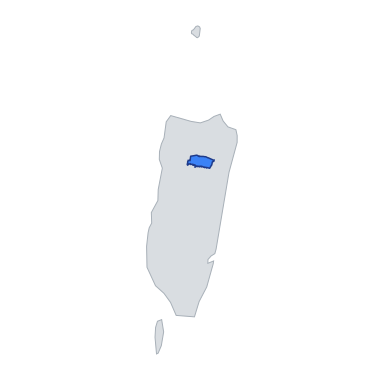 Lares, Puerto Rico (highlighted), rotated 98°
{"feature_id": "32010507B37684321987765", "entity_name": "Lares", "entity_type": "district", "adm_level": 2, "iso_a3": "PRI", "parent_name": "Puerto Rico", "parent_adm1": "", "projection": "orthographic", "projection_center": [-66.852, 18.269], "detail": "fine", "context": "in_parent", "style": "filled", "palette": "blue", "viewbox_px": 384, "rotation_deg": 98, "n_neighbors": 0, "source": "geoboundaries", "source_scale": "gbopen_adm2", "svg_char_len": 3035}
<svg xmlns="http://www.w3.org/2000/svg" viewBox="0 0 384 384"><g transform="rotate(98 192 192)"><path d="M252.7,164.2L256.6,166.8L260.4,166.4L257.3,161.0L260.1,161.0L284.0,164.2L299.5,169.7L315.3,172.2L316.4,190.5L304.3,197.9L296.3,205.6L289.9,215.1L272.8,226.1L252.2,229.4L238.5,229.8L233.4,229.4L228.4,227.6L218.0,229.4L205.2,224.6L194.2,225.8L172.5,224.7L164.3,228.9L156.5,229.8L148.8,229.0L142.3,227.2L126.1,227.3L119.3,223.7L122.2,202.8L122.4,193.4L118.5,185.6L114.1,180.7L111.0,174.9L117.3,171.1L122.5,165.5L124.2,157.2L129.9,155.1L136.6,154.2L167.4,158.1L245.3,160.2L249.8,160.8L252.7,164.2ZM341.0,208.4L331.2,209.2L324.8,208.2L322.6,204.3L334.5,200.6L348.4,201.0L356.3,203.1L357.3,204.6L341.0,208.4ZM34.7,214.7L33.6,214.8L32.4,214.7L31.9,214.3L31.1,213.1L27.5,211.1L26.7,209.3L27.5,207.4L29.0,206.6L36.2,206.5L37.0,206.7L38.4,208.0L38.4,208.9L37.7,209.8L36.4,212.1L35.9,212.7L35.5,213.3L35.3,214.3L34.7,214.7Z" fill="#d9dde1" stroke="#a8b0b8" stroke-width="1"/><path d="M165.7,180.4L165.9,179.0L165.9,178.8L166.0,177.8L165.4,177.6L164.4,177.1L163.6,176.8L163.2,176.7L162.9,176.4L162.5,176.4L162.3,176.2L162.1,176.2L161.1,176.1L160.1,176.1L159.8,176.0L159.4,176.0L159.2,175.7L158.9,175.5L158.9,175.2L158.7,174.9L158.4,174.8L158.3,174.6L158.1,174.6L157.6,174.5L157.3,174.6L157.5,174.9L156.9,177.0L156.7,177.8L155.9,180.5L155.9,180.9L155.8,181.4L155.2,183.1L155.2,183.9L155.2,184.1L155.3,184.4L155.2,185.8L155.2,186.3L155.5,187.0L155.4,187.8L155.6,188.3L155.5,188.7L155.4,189.6L155.5,189.6L155.8,189.8L155.6,190.0L155.5,190.4L155.6,190.6L155.4,190.8L155.4,191.1L155.1,191.4L155.0,191.8L154.9,192.3L155.0,192.9L155.9,195.5L156.7,198.2L156.9,198.3L157.1,198.3L159.5,198.3L160.1,198.3L160.5,198.3L160.8,198.5L161.0,198.4L161.0,198.7L160.9,199.0L161.2,199.1L161.2,199.5L161.4,199.7L161.4,199.9L161.2,199.8L161.2,200.1L161.3,200.1L161.6,200.1L161.8,200.3L162.0,200.4L162.3,200.4L162.5,200.4L162.6,200.5L163.1,200.4L163.5,200.4L164.4,200.5L164.9,200.5L165.1,200.4L165.5,200.5L165.6,200.4L165.8,200.3L165.9,200.1L165.6,200.0L165.6,199.7L165.4,199.4L165.0,199.3L164.9,199.0L164.6,198.9L164.7,198.7L164.5,198.3L164.5,197.9L164.3,197.6L164.8,197.4L164.9,197.2L164.6,196.8L164.7,196.4L164.6,195.6L164.5,195.4L164.9,194.7L164.7,194.7L164.8,194.4L164.6,194.2L164.7,193.9L164.9,193.8L165.2,193.9L165.3,194.0L165.3,193.6L165.2,193.3L165.0,193.2L164.8,192.9L165.3,192.4L165.8,192.3L166.1,192.4L166.4,192.5L166.8,192.6L166.8,192.1L166.4,191.8L166.0,191.4L166.1,191.2L166.0,190.9L165.8,190.8L165.6,190.8L165.6,190.3L165.7,190.1L165.7,189.6L165.8,189.6L165.7,189.4L165.7,189.1L165.5,188.7L165.7,188.4L165.9,188.3L165.7,188.1L165.8,187.8L165.4,187.5L165.4,187.3L165.6,187.0L165.5,186.6L165.6,186.4L165.2,186.4L165.2,186.2L165.4,185.7L165.4,185.4L165.1,185.4L165.3,185.4L165.3,185.1L165.4,184.9L165.5,184.9L165.7,184.6L165.8,184.2L165.7,184.0L165.8,183.7L165.6,183.4L165.7,183.2L166.0,183.0L165.9,182.8L165.8,182.2L165.6,181.9L165.6,181.6L166.1,181.0L165.9,180.8L165.9,180.5L165.7,180.4Z" fill="#3b82f6" stroke="#1e3a8a" stroke-width="1.5"/></g></svg>